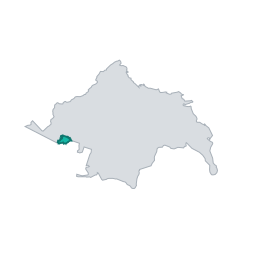 Taraira, Vaupés, Colombia shown in context, rotated 108°
{"feature_id": "7082276B12935674193542", "entity_name": "Taraira", "entity_type": "district", "adm_level": 2, "iso_a3": "COL", "parent_name": "Colombia", "parent_adm1": "Vaupés", "projection": "natural_earth1", "projection_center": [-69.918, -0.672], "detail": "fine", "context": "in_parent", "style": "filled", "palette": "teal", "viewbox_px": 256, "rotation_deg": 108, "n_neighbors": 0, "source": "geoboundaries", "source_scale": "gbopen_adm2", "svg_char_len": 6667}
<svg xmlns="http://www.w3.org/2000/svg" viewBox="0 0 256 256"><g transform="rotate(108 128 128)"><path d="M144.7,36.4L142.5,37.5L138.2,38.7L135.3,44.3L133.3,45.2L130.8,48.5L129.0,52.6L127.6,60.9L123.9,67.9L124.2,68.2L125.7,67.9L127.0,67.1L127.5,67.4L128.0,68.6L129.7,68.9L131.0,74.6L133.5,77.5L133.8,78.6L134.1,81.0L133.2,82.4L132.9,87.6L133.7,88.9L135.6,89.4L136.9,92.7L137.7,93.4L138.8,93.9L141.6,93.4L146.6,94.0L147.8,93.9L150.6,92.8L154.1,94.1L156.8,94.4L163.9,104.2L164.6,103.9L165.5,104.4L167.3,103.4L168.9,103.3L170.9,103.8L173.6,103.8L179.0,102.8L179.9,102.2L182.8,102.8L183.7,103.5L184.1,105.3L183.8,106.4L182.7,107.6L182.2,109.0L182.1,110.8L181.5,112.1L180.6,113.0L180.2,114.2L180.4,115.8L179.9,123.2L180.3,123.8L180.6,126.9L181.9,130.8L182.5,131.9L183.6,132.8L185.5,136.1L185.0,137.2L180.1,142.3L179.9,143.4L180.8,143.0L182.3,143.4L182.9,144.7L186.5,148.2L186.4,149.5L187.5,152.2L187.3,152.8L189.8,160.4L189.9,161.9L187.8,162.4L187.7,157.3L187.4,156.3L185.1,151.8L184.6,151.4L183.0,151.9L180.3,155.3L179.1,155.8L178.1,155.3L177.1,153.3L176.5,152.9L175.8,154.6L176.7,156.1L165.0,156.1L162.7,155.5L159.6,156.2L159.6,163.9L165.1,164.0L166.6,166.2L166.5,168.0L166.7,168.6L165.4,169.0L163.5,167.8L160.0,169.2L157.5,169.5L157.4,178.0L158.9,180.1L161.8,182.4L162.2,183.9L162.0,185.4L162.7,187.2L163.7,188.1L163.7,189.2L164.2,190.5L158.4,226.3L156.4,224.1L155.6,222.2L154.6,221.3L152.7,222.0L150.6,221.0L157.3,208.8L157.1,207.7L151.5,204.7L150.9,204.0L148.2,202.4L146.7,202.8L145.9,203.6L143.8,203.9L142.2,202.6L140.2,201.8L137.9,203.8L137.1,203.8L135.5,204.7L133.7,205.0L131.3,204.1L129.4,204.7L128.1,204.6L127.6,204.0L125.9,203.2L125.7,202.4L126.2,200.9L125.5,198.0L125.2,197.4L123.9,197.4L122.4,196.3L122.1,195.7L122.5,194.5L122.2,193.5L120.7,191.1L118.7,190.5L116.7,188.5L114.8,187.8L113.9,186.4L113.0,183.2L111.0,180.7L109.6,179.9L109.1,178.7L107.7,178.6L105.7,177.0L104.8,176.9L104.2,177.6L102.4,176.8L100.8,175.6L99.2,175.3L98.1,174.6L96.2,172.3L94.2,171.2L93.0,171.6L92.6,173.3L91.9,173.6L89.5,173.2L89.1,173.5L88.5,173.4L85.6,172.2L82.7,171.7L82.0,168.9L80.1,167.8L79.6,166.5L78.3,166.6L73.4,164.0L71.3,162.2L69.6,161.2L67.8,159.2L67.5,158.4L66.1,157.2L66.8,155.7L68.5,154.6L70.7,155.5L70.9,153.7L70.1,152.1L70.5,148.6L71.1,147.8L72.3,147.1L73.1,147.4L73.5,146.8L75.3,147.0L75.9,146.8L77.2,145.4L77.8,144.2L78.5,144.3L79.9,142.4L79.7,140.5L81.1,140.1L82.5,137.0L83.1,136.9L83.5,135.4L86.0,130.2L85.1,130.8L84.1,130.5L84.2,128.7L83.9,128.5L83.1,129.9L82.4,128.5L82.6,126.3L81.5,126.7L81.5,126.2L83.2,124.5L83.9,120.7L83.3,119.3L83.0,113.6L82.7,112.5L81.4,111.1L83.5,109.4L84.3,108.2L83.3,105.7L82.1,103.5L82.0,102.2L82.8,102.4L83.1,98.8L82.4,97.5L81.5,97.4L78.7,92.2L77.7,91.1L78.5,88.6L79.3,87.5L79.2,85.6L79.7,85.7L80.9,87.4L81.4,87.1L83.4,85.5L83.4,83.9L84.9,82.3L82.8,77.0L82.1,76.1L83.0,74.4L83.5,74.5L84.3,76.2L85.6,77.3L87.6,80.3L88.4,80.9L87.8,81.6L87.7,82.3L88.0,82.7L89.1,82.8L89.6,82.0L89.3,78.4L88.8,76.5L87.8,75.2L88.1,74.7L90.1,73.8L94.3,70.3L95.8,67.1L96.9,65.9L98.1,65.1L99.7,65.3L100.8,64.9L101.2,63.9L100.4,61.6L101.3,58.5L101.3,56.9L101.9,56.0L101.7,55.6L100.2,56.7L101.7,54.5L102.9,51.2L109.0,45.3L112.9,46.7L114.2,46.6L112.5,47.4L112.3,48.2L112.9,49.1L113.5,49.4L114.0,48.8L115.3,45.4L115.5,43.5L116.1,42.8L116.9,42.6L120.8,43.4L124.5,43.1L130.5,38.2L135.0,36.1L136.2,34.1L136.5,32.6L137.3,32.0L138.1,32.0L138.7,31.1L140.7,29.8L143.0,29.7L145.3,30.8L146.4,32.8L146.6,34.2L144.7,36.4ZM75.4,146.4L75.1,146.7L74.6,146.2L74.4,145.6L74.7,145.2L75.2,145.3L75.4,146.4Z" fill="#d9dde1" stroke="#a8b0b8" stroke-width="1"/><path d="M163.9,189.0L163.9,188.9L163.9,189.0L164.0,189.0L163.9,188.9L164.0,188.7L163.9,188.7L163.7,188.4L163.8,188.5L163.8,188.4L164.0,188.3L163.9,188.3L163.9,188.2L164.0,188.2L163.8,188.2L163.7,188.1L163.6,187.8L163.5,187.7L163.4,187.7L163.2,187.6L163.3,187.5L163.2,187.6L163.1,187.4L162.9,187.3L162.9,187.2L163.0,187.0L162.9,186.9L162.9,186.7L162.7,186.5L162.7,186.4L162.4,186.3L162.4,186.2L162.5,186.2L162.5,185.9L162.4,185.9L162.3,185.7L162.2,185.6L162.1,185.4L162.1,185.5L162.0,185.4L162.0,185.2L161.9,185.2L162.0,185.1L161.9,185.1L162.0,185.0L162.0,184.9L162.1,184.7L162.1,184.8L162.1,184.6L162.2,184.4L162.2,184.5L162.3,184.4L162.4,184.2L162.5,183.9L162.4,183.8L162.4,183.7L162.5,183.7L162.4,183.6L162.2,183.5L162.3,183.5L162.1,183.4L162.2,183.2L162.2,182.9L162.0,182.7L162.1,182.4L162.0,182.2L162.0,182.3L161.9,182.2L162.0,182.2L161.9,182.3L161.9,182.2L161.7,182.2L161.5,181.9L161.4,181.9L161.2,181.7L161.2,181.8L161.2,181.7L160.9,181.7L160.7,181.5L160.7,181.3L160.6,181.2L160.6,181.3L160.6,181.2L160.4,181.0L160.2,181.0L160.2,180.9L159.8,180.8L159.8,180.5L159.7,180.4L159.4,180.4L159.2,180.3L158.9,180.2L158.7,180.0L158.7,179.8L158.6,179.7L158.4,179.5L158.3,179.3L158.1,179.2L157.8,178.8L157.7,178.7L157.4,178.3L157.5,178.1L157.6,177.9L157.6,177.7L157.4,177.8L157.1,178.2L157.1,178.3L157.0,178.7L156.9,178.8L156.7,178.9L156.5,179.0L156.3,179.0L156.2,179.1L156.3,179.3L156.5,179.3L156.6,179.5L156.8,179.8L156.7,179.9L156.5,180.1L156.4,180.1L156.1,180.2L156.2,180.3L155.9,180.4L155.9,180.1L155.6,180.1L155.7,180.3L155.6,180.5L155.4,180.6L155.5,180.7L155.5,180.8L155.8,180.8L155.8,180.6L156.1,180.7L156.0,180.8L156.0,181.0L155.8,181.1L155.7,181.1L155.7,181.3L155.5,181.5L155.8,181.5L156.0,181.8L155.9,182.0L155.7,181.9L155.4,182.2L155.1,182.4L154.8,183.0L154.9,183.3L155.0,183.2L155.1,182.9L155.2,183.0L155.4,183.2L155.4,183.4L155.5,183.5L155.4,183.6L155.5,183.8L155.4,184.1L155.5,184.3L155.4,184.8L155.5,185.0L155.2,185.2L155.1,185.4L155.0,185.7L155.1,185.9L155.4,186.2L155.8,186.8L155.5,187.1L155.4,187.4L155.3,187.5L155.1,187.4L154.9,187.7L155.0,187.9L155.3,188.3L155.6,188.4L155.8,188.1L156.0,188.0L156.0,188.3L155.8,188.5L155.8,188.8L155.9,189.0L156.3,189.0L156.3,189.3L156.4,189.5L156.5,189.5L156.8,189.4L156.9,189.1L157.3,188.6L157.2,188.4L156.8,188.4L156.7,188.4L156.6,188.2L157.0,187.6L157.3,187.5L157.5,187.9L157.8,187.9L157.8,187.5L157.9,187.4L158.0,187.4L158.1,187.5L158.0,187.8L158.5,187.8L158.6,187.5L158.8,187.6L159.0,187.7L159.1,187.9L158.9,187.8L158.5,188.1L158.7,188.4L158.7,188.6L158.5,188.8L158.4,188.9L158.4,189.1L158.5,189.3L159.0,189.1L159.3,189.1L159.6,188.6L159.8,188.5L160.0,188.6L160.3,189.2L160.5,189.3L160.8,189.2L160.7,189.1L160.5,188.9L160.4,188.6L160.6,188.5L160.9,188.6L161.0,188.7L161.1,188.8L161.3,189.1L161.6,189.5L161.4,189.5L161.4,189.9L161.3,190.6L161.4,190.8L161.6,190.8L161.8,190.7L161.8,190.2L162.0,190.1L162.2,189.9L162.4,190.0L162.5,190.4L162.6,190.5L162.7,190.4L162.8,190.4L163.1,190.7L163.3,190.7L163.5,190.5L163.5,190.2L163.3,190.0L163.3,189.9L163.5,189.9L163.6,189.7L163.5,189.4L163.5,189.2L163.9,189.0Z" fill="#14b8a6" stroke="#0f766e" stroke-width="1.5"/></g></svg>